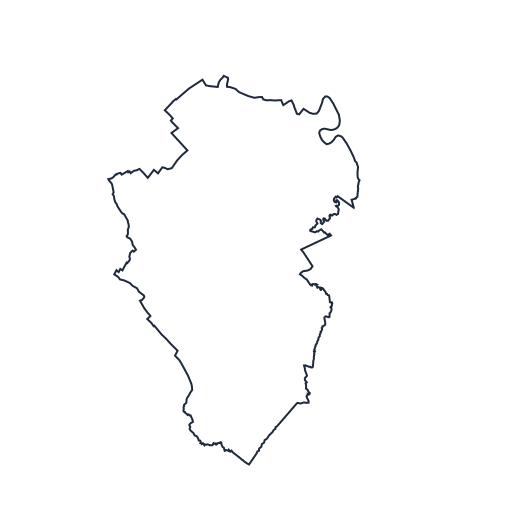 Ban Phaeo, Samut Sakhon, Thailand, rotated 332°
{"feature_id": "78962969B41699219692517", "entity_name": "Ban Phaeo", "entity_type": "district", "adm_level": 2, "iso_a3": "THA", "parent_name": "Thailand", "parent_adm1": "Samut Sakhon", "projection": "equal_earth", "projection_center": [100.121, 13.585], "detail": "fine", "context": "isolated", "style": "outline", "palette": "slate", "viewbox_px": 512, "rotation_deg": 332, "n_neighbors": 0, "source": "geoboundaries", "source_scale": "gbopen_adm2", "svg_char_len": 6142}
<svg xmlns="http://www.w3.org/2000/svg" viewBox="0 0 512 512"><g transform="rotate(332 256 256)"><path d="M312.1,81.8L309.9,83.0L307.5,83.6L304.7,85.2L301.6,88.8L294.6,84.1L291.9,81.8L291.5,75.2L275.4,76.7L259.2,80.4L258.9,79.8L254.8,80.6L254.4,81.0L243.9,84.5L246.1,91.2L247.1,95.4L244.4,96.5L245.2,100.0L247.2,106.5L239.1,107.7L245.0,130.6L238.3,132.1L231.2,134.6L222.9,138.9L218.7,137.9L216.9,135.5L215.0,133.7L208.3,137.0L206.3,132.0L197.2,136.2L195.6,129.7L194.0,124.4L190.9,124.3L188.5,123.5L184.2,124.0L184.1,122.0L182.5,122.1L182.7,120.8L175.6,121.1L175.3,118.9L171.2,118.1L171.0,118.6L169.7,118.3L167.7,119.2L165.9,119.6L164.1,119.5L161.7,118.8L161.9,121.3L162.5,123.9L162.5,125.3L160.2,133.0L158.4,134.1L158.7,136.2L157.6,139.3L157.0,142.5L157.4,144.9L157.0,147.3L157.6,153.7L158.1,155.9L159.2,157.1L159.4,164.6L158.8,165.9L158.4,168.1L157.5,170.4L154.9,173.0L154.2,174.8L153.3,176.2L152.0,177.5L151.2,177.6L151.0,177.9L151.2,179.1L153.1,181.8L153.3,185.2L152.3,188.3L152.8,191.0L153.0,194.1L150.2,194.8L149.8,193.5L149.6,193.3L146.3,194.3L143.8,197.2L143.5,199.0L142.6,200.3L139.0,201.9L138.5,201.9L138.6,201.2L138.3,201.3L131.3,206.0L130.1,203.7L127.2,205.7L126.1,203.0L122.2,205.7L124.4,209.6L124.9,212.8L128.2,215.7L132.0,220.8L133.1,224.5L135.8,228.7L135.8,231.7L136.0,232.9L138.4,238.1L138.3,239.5L137.4,240.3L134.6,241.3L132.6,241.0L132.8,249.6L133.8,256.1L134.1,256.6L134.6,259.4L130.4,260.6L132.2,266.0L132.7,269.9L133.5,269.8L135.8,281.0L137.8,286.9L139.4,293.4L142.3,302.8L137.7,306.0L139.4,311.9L139.7,316.2L139.8,329.8L138.9,338.6L138.4,340.4L136.8,344.3L133.0,346.2L132.5,346.8L128.4,349.1L127.5,349.9L125.6,352.9L122.4,353.7L122.0,354.9L121.2,355.2L120.2,357.6L119.3,358.4L119.1,359.4L120.1,360.6L119.9,361.6L120.6,362.6L121.0,364.3L122.2,364.3L122.4,365.6L123.4,366.0L123.0,371.1L122.4,372.9L120.0,372.9L118.0,373.6L117.7,374.3L117.8,375.9L116.2,377.5L116.2,379.2L117.7,383.1L117.5,384.6L117.7,385.9L118.7,386.6L119.1,387.6L119.3,390.0L118.8,392.0L120.0,392.8L120.1,393.8L119.5,394.8L119.0,395.2L119.9,396.0L119.9,396.6L121.2,396.3L121.6,398.9L122.5,398.3L123.6,399.4L124.8,399.5L126.7,401.7L128.9,402.6L130.7,401.3L131.8,403.1L132.1,402.5L132.6,402.6L133.0,403.8L134.8,403.3L136.2,404.2L137.1,403.7L137.6,404.1L137.7,404.4L137.0,406.6L136.9,409.1L137.6,410.2L136.9,413.3L137.6,413.5L138.3,413.2L139.5,414.1L140.1,415.1L140.7,415.2L141.1,414.6L141.4,415.4L141.1,416.3L141.4,416.7L143.0,416.4L143.2,418.1L147.5,427.9L147.8,429.1L148.5,429.9L149.0,431.6L150.8,435.1L152.0,436.8L164.0,430.5L165.5,429.2L167.1,429.4L168.4,427.5L171.2,426.9L172.9,424.8L175.5,424.6L177.2,422.6L179.0,422.6L180.4,422.2L183.3,420.5L188.0,419.2L190.0,417.9L191.9,417.8L192.9,416.3L194.7,416.2L223.1,405.2L223.7,405.2L226.1,407.2L229.6,407.8L231.4,409.2L233.5,410.2L234.3,408.9L234.6,404.0L235.4,403.4L235.5,402.9L236.8,402.9L237.0,402.2L237.5,402.7L237.9,402.3L238.4,403.0L239.1,402.3L238.5,400.1L238.8,398.3L237.9,396.6L239.5,393.8L240.0,391.7L241.5,391.4L241.0,388.9L241.4,387.3L242.3,386.5L244.3,386.0L244.9,385.4L245.7,379.6L246.4,378.2L247.0,375.2L248.2,375.7L250.6,378.5L252.0,379.4L252.1,380.1L253.3,380.8L254.2,380.5L256.8,376.6L256.8,376.2L259.1,373.6L259.3,372.9L261.0,370.5L261.3,370.4L261.6,369.2L262.2,368.8L262.3,367.6L263.3,367.7L263.3,366.2L263.8,366.1L265.3,364.2L266.2,363.8L266.4,363.2L267.3,362.2L268.1,362.2L269.0,361.5L269.9,360.3L272.0,358.9L272.9,357.4L274.6,356.8L275.6,355.1L277.1,354.3L277.4,353.3L278.1,353.3L279.0,352.6L280.0,351.6L280.2,350.5L281.1,350.3L281.7,349.3L284.0,349.4L284.9,349.0L286.0,347.0L287.1,343.2L287.6,342.4L288.5,342.0L289.2,342.0L291.6,344.3L292.4,344.2L294.1,341.1L295.3,340.8L296.9,339.6L297.6,338.7L298.2,337.2L297.7,336.3L298.2,335.8L299.2,335.8L299.8,335.4L300.8,333.5L301.2,333.4L301.3,332.5L300.0,332.0L299.6,331.5L302.0,325.4L301.9,324.9L300.9,324.0L300.9,322.7L300.1,322.1L300.6,320.2L300.0,318.0L300.1,317.1L299.7,315.7L298.7,314.7L298.2,316.1L297.6,316.5L297.2,316.3L297.1,315.6L297.4,314.4L297.2,313.6L296.5,312.8L295.3,312.8L295.4,310.6L296.6,310.1L295.7,308.8L295.2,308.6L294.3,308.8L293.8,307.9L292.5,307.3L292.1,307.4L291.6,308.4L290.9,307.8L290.3,306.1L289.8,300.6L288.3,297.8L287.5,295.1L286.2,292.8L287.4,292.1L290.3,291.5L294.9,293.1L298.1,293.1L301.1,291.6L299.6,275.2L298.9,271.5L331.9,273.1L331.4,270.9L329.1,271.2L327.8,267.3L327.2,267.3L326.2,263.1L323.3,263.2L322.3,263.6L321.5,262.7L319.4,262.9L316.0,259.7L315.7,259.0L316.6,258.2L318.5,258.5L319.7,257.4L321.4,258.3L322.6,257.1L325.5,256.2L325.5,253.6L326.3,252.5L327.8,251.8L329.7,254.1L329.9,255.7L329.1,256.3L328.7,257.2L329.1,258.5L329.5,258.9L332.2,257.7L332.6,255.0L333.5,254.5L334.3,255.2L334.4,255.8L334.1,256.2L334.6,256.8L334.7,257.9L336.1,258.7L339.2,257.3L339.6,255.1L340.7,254.4L341.3,254.5L341.3,255.4L341.6,255.7L342.6,256.1L343.3,255.6L344.5,255.5L345.8,256.3L346.3,257.4L348.1,257.4L351.0,253.6L350.9,250.7L350.2,250.1L350.1,249.3L350.9,249.4L351.7,250.1L352.8,250.0L353.5,249.6L354.3,248.0L354.4,247.0L353.9,244.9L353.0,244.5L352.6,245.1L352.7,246.2L352.0,246.4L351.1,245.7L350.7,244.4L351.0,243.0L351.9,241.9L354.2,241.1L354.7,242.2L356.2,241.5L364.9,259.2L365.1,258.9L366.8,251.2L370.2,251.9L370.9,251.7L371.2,252.1L372.7,251.2L373.3,251.3L376.3,246.6L376.8,246.4L377.1,245.3L377.9,244.6L378.2,243.2L379.5,241.2L380.4,240.5L380.8,239.5L383.0,237.7L382.5,236.0L382.8,234.1L384.5,230.4L387.8,225.5L388.7,220.5L388.0,218.8L388.7,214.5L389.0,207.2L388.9,199.7L388.1,192.3L387.3,190.2L385.1,188.1L382.3,188.2L378.9,190.1L375.9,191.0L373.3,191.1L370.8,190.4L369.7,188.0L368.7,184.5L368.8,180.9L369.5,177.1L371.3,175.3L373.6,175.0L376.1,175.6L381.5,180.1L384.6,181.0L387.5,181.0L389.7,180.2L391.1,179.2L393.5,176.0L395.5,170.2L395.8,157.5L395.2,151.2L394.0,148.8L392.1,147.6L388.8,148.9L386.3,151.7L379.5,157.6L376.3,158.7L373.2,157.3L370.6,154.8L367.1,148.4L360.6,151.2L358.9,149.6L359.8,142.0L360.2,140.9L360.4,135.3L357.6,134.9L350.9,135.6L351.4,130.2L345.4,127.4L341.5,124.9L338.5,123.6L335.9,121.1L336.0,118.5L333.5,117.2L328.8,115.5L324.3,111.2L318.0,103.4L316.3,98.8L312.4,94.7L309.8,92.9L311.3,90.4L314.2,87.1L314.9,85.6L312.1,81.8Z" fill="none" stroke="#1e293b" stroke-width="2"/></g></svg>